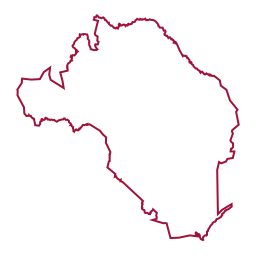 outline of Guadalupe y Calvo, Chihuahua, Mexico
{"feature_id": "50627088B19833882883386", "entity_name": "Guadalupe y Calvo", "entity_type": "district", "adm_level": 2, "iso_a3": "MEX", "parent_name": "Mexico", "parent_adm1": "Chihuahua", "projection": "equal_earth", "projection_center": [-107.163, 26.124], "detail": "fine", "context": "isolated", "style": "outline", "palette": "rose", "viewbox_px": 256, "rotation_deg": 0, "n_neighbors": 0, "source": "geoboundaries", "source_scale": "gbopen_adm2", "svg_char_len": 5657}
<svg xmlns="http://www.w3.org/2000/svg" viewBox="0 0 256 256"><path d="M165.5,31.5L165.1,30.5L163.7,30.6L162.7,27.7L159.8,27.6L159.1,26.4L158.3,25.8L158.3,24.6L156.1,21.8L154.5,20.6L152.9,20.0L150.9,19.9L149.7,19.3L148.2,20.1L147.6,19.9L146.9,20.3L146.2,20.2L145.2,18.7L144.2,19.4L142.7,19.3L142.5,19.6L141.9,19.8L140.6,18.9L140.2,18.9L139.9,19.7L139.3,19.8L138.4,19.6L137.5,18.9L137.1,18.9L136.7,19.5L135.5,20.3L135.2,21.2L134.7,21.9L133.4,22.3L132.5,22.1L131.7,23.9L131.1,23.9L130.0,24.5L128.3,23.8L128.1,24.0L128.1,25.0L127.6,25.5L126.2,25.0L125.7,25.2L125.5,25.9L124.4,24.7L122.9,24.7L122.5,25.2L121.9,25.1L121.1,25.6L120.4,25.5L119.8,23.9L119.3,23.7L118.7,24.4L119.2,26.2L118.0,27.7L117.9,28.5L117.5,28.4L116.8,27.6L116.1,28.3L115.3,28.5L114.8,28.0L113.6,27.7L113.3,26.9L112.2,26.1L111.8,25.5L110.9,25.7L109.1,24.2L108.9,22.7L107.8,22.7L106.2,20.3L104.9,19.9L104.4,18.2L103.9,18.1L103.2,17.4L101.6,18.2L99.5,17.5L99.1,17.6L97.1,15.4L96.7,15.4L95.9,17.2L94.3,17.2L94.2,18.6L93.8,19.7L98.0,20.9L94.8,33.6L95.4,35.2L97.6,36.5L97.3,40.6L97.8,41.4L98.5,41.8L98.2,43.3L97.9,44.3L96.8,44.5L95.8,44.2L95.2,44.5L95.1,45.5L95.6,46.9L97.4,49.4L96.3,50.0L94.0,50.1L90.8,49.2L90.9,48.8L90.0,46.8L90.1,46.4L89.5,45.8L89.2,44.8L89.2,43.4L89.0,42.7L89.3,42.3L89.3,41.4L89.1,40.5L87.7,38.7L87.9,36.9L87.2,34.5L84.1,34.0L83.6,34.1L83.2,34.6L82.5,34.2L80.8,34.7L79.8,34.3L79.6,34.9L80.1,36.7L79.7,36.8L79.0,37.6L77.4,38.2L77.3,39.0L76.9,39.3L76.7,39.9L75.5,40.8L74.5,42.0L73.7,44.5L72.9,45.2L72.5,45.9L73.2,47.4L74.6,48.1L75.4,49.2L76.3,49.8L77.0,50.6L77.0,50.8L77.8,51.5L77.4,51.8L76.0,51.2L76.0,51.8L76.4,52.2L76.0,52.4L76.3,53.0L75.2,54.8L74.2,55.1L74.1,55.4L72.6,55.2L72.5,55.6L71.2,55.7L71.3,56.3L70.7,57.0L71.2,57.4L71.9,57.5L71.9,58.7L71.3,59.9L71.9,60.6L70.4,61.1L69.9,62.3L68.1,63.5L67.8,64.0L67.2,65.6L67.4,66.3L67.0,66.9L67.5,67.8L67.2,68.3L67.7,69.3L67.7,70.6L67.4,70.7L60.2,72.4L62.4,80.4L63.7,88.0L50.6,79.8L49.2,74.8L50.1,67.6L43.8,72.1L39.9,79.1L31.3,79.6L22.1,78.6L21.7,83.2L17.3,89.7L17.7,90.8L17.5,95.3L24.0,107.4L24.3,113.3L26.4,116.0L28.8,115.8L29.0,115.1L29.6,115.9L30.8,115.9L31.7,117.6L32.9,118.1L33.4,118.9L34.0,118.9L35.2,125.2L39.0,125.7L40.1,123.9L40.2,121.8L40.5,121.5L41.6,121.2L41.3,120.1L41.5,119.2L42.0,119.0L43.6,120.0L44.7,119.6L45.1,119.1L45.3,118.0L45.6,117.7L46.0,117.9L46.3,118.6L47.4,118.5L47.8,119.5L49.2,119.5L50.1,120.0L50.3,119.7L51.9,119.7L53.3,120.1L54.3,119.9L55.3,120.9L56.8,121.7L59.1,120.1L60.2,120.1L61.1,119.6L63.2,119.4L63.7,118.6L64.8,118.5L65.5,119.7L66.6,119.9L67.3,119.7L68.8,120.7L69.0,122.2L69.9,123.1L70.6,123.3L71.1,124.4L70.6,125.1L71.5,125.1L71.9,126.4L73.1,127.0L72.9,128.3L73.5,129.9L73.8,130.2L73.8,130.9L73.5,131.1L74.1,131.7L74.5,130.9L75.1,130.4L75.5,130.3L76.1,129.4L76.5,129.4L77.5,130.3L78.2,130.3L78.5,129.8L79.3,129.5L79.2,128.6L80.4,128.4L80.4,127.9L81.6,126.8L82.6,125.3L83.0,124.9L84.4,125.1L87.3,124.0L87.2,124.9L89.6,124.3L99.9,130.7L102.8,134.4L106.1,137.3L105.9,142.8L110.4,152.1L110.2,152.4L110.1,153.7L109.6,154.1L109.5,154.5L109.8,154.8L109.5,155.4L109.8,156.4L109.5,157.4L109.8,158.5L109.5,160.1L109.8,160.9L108.8,161.7L107.4,167.5L115.4,174.0L115.1,175.0L115.3,175.4L115.0,175.8L114.8,176.9L115.1,176.8L115.0,177.0L115.6,176.3L115.9,176.4L117.4,178.5L119.8,180.1L120.7,179.7L120.5,181.2L121.1,181.1L121.9,181.8L122.6,182.0L143.0,201.0L142.4,201.7L142.0,202.8L142.1,203.6L142.5,203.5L142.5,203.8L142.3,203.9L142.6,204.4L142.0,205.9L141.9,207.4L142.3,207.6L142.4,207.8L142.0,208.6L142.6,209.4L144.5,210.3L144.7,212.4L145.4,213.0L146.9,212.8L147.9,213.2L148.7,214.0L150.0,214.1L150.1,212.7L150.8,212.7L150.9,211.8L151.6,211.0L152.9,210.3L153.1,209.4L156.8,212.8L156.2,215.8L156.7,217.0L156.6,218.8L152.5,220.0L163.2,223.2L165.6,223.1L167.5,223.6L166.7,223.7L170.5,238.0L178.9,237.7L189.8,235.4L196.1,236.2L195.6,232.9L196.6,235.2L196.6,236.2L199.2,236.6L195.3,231.9L198.6,234.5L199.0,234.2L199.4,234.5L199.8,235.7L199.9,237.1L200.7,238.9L201.7,239.6L202.5,239.5L203.5,240.6L202.8,238.4L203.1,237.4L203.4,236.8L205.0,235.4L206.2,235.1L206.5,235.5L206.8,235.3L207.0,234.2L207.0,231.7L207.9,231.0L207.8,230.5L208.1,230.2L208.4,229.0L209.0,228.6L209.2,228.0L210.7,225.5L212.5,223.7L212.6,222.9L214.5,221.7L214.9,221.8L215.3,221.2L215.9,220.9L216.5,219.1L218.1,218.7L219.2,218.2L219.6,217.6L220.9,217.2L221.3,216.2L221.6,216.0L221.7,215.3L222.2,215.1L222.1,214.1L222.6,213.5L223.2,213.4L224.5,211.9L225.0,210.9L225.9,210.6L226.1,210.0L228.4,209.2L231.7,206.6L231.6,204.1L222.3,209.7L217.9,214.1L217.2,169.9L219.1,162.0L221.2,163.3L226.0,161.5L227.4,158.9L232.8,158.0L234.4,151.5L230.6,151.4L231.0,148.9L231.5,148.9L233.1,147.0L233.0,143.3L231.4,142.1L230.4,140.4L232.9,133.5L231.9,131.5L232.3,130.1L238.7,124.7L236.1,111.8L237.5,109.7L230.0,100.5L226.4,89.8L220.9,85.7L219.8,80.4L214.0,75.8L212.7,76.0L212.1,75.7L211.4,75.9L211.1,76.5L211.1,75.6L210.7,74.7L210.3,74.6L209.7,75.5L209.4,75.5L209.0,75.1L208.9,74.3L207.5,74.3L206.6,73.4L204.9,74.5L203.8,73.8L203.6,73.2L203.1,72.9L202.3,71.7L201.3,71.8L200.6,72.8L199.8,71.7L199.6,70.7L199.0,70.6L197.6,69.7L197.2,68.9L196.7,68.4L195.8,68.5L193.5,66.3L193.1,64.9L191.9,64.3L191.3,62.1L190.9,62.1L190.6,62.9L190.1,62.5L189.6,62.5L189.3,61.6L189.6,60.5L189.4,59.8L188.8,59.3L188.1,58.2L187.3,58.2L187.2,57.4L186.6,56.8L186.5,56.2L185.8,55.8L185.3,56.1L183.6,55.5L182.9,56.2L179.4,49.9L177.2,44.7L176.7,44.1L176.5,43.1L176.1,42.8L175.9,43.3L175.5,43.3L175.6,42.0L175.3,41.8L174.1,42.1L174.0,42.6L173.7,42.7L173.7,41.8L174.2,41.6L174.1,41.2L173.2,40.0L172.1,39.7L171.9,39.0L171.1,39.2L170.3,37.5L169.2,37.3L168.4,38.0L167.1,35.8L166.3,36.0L165.6,35.2L164.6,34.9L164.4,34.1L165.2,32.7L165.5,31.5Z" fill="none" stroke="#9f1239" stroke-width="2"/></svg>